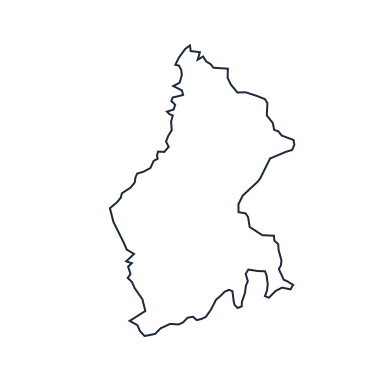 Três Palmeiras, Rio Grande do Sul, Brazil, rotated 63°
{"feature_id": "56859067B561920705370", "entity_name": "Três Palmeiras", "entity_type": "district", "adm_level": 2, "iso_a3": "BRA", "parent_name": "Brazil", "parent_adm1": "Rio Grande do Sul", "projection": "equal_earth", "projection_center": [-52.832, -27.619], "detail": "fine", "context": "isolated", "style": "outline", "palette": "slate", "viewbox_px": 384, "rotation_deg": 63, "n_neighbors": 0, "source": "geoboundaries", "source_scale": "gbopen_adm2", "svg_char_len": 1861}
<svg xmlns="http://www.w3.org/2000/svg" viewBox="0 0 384 384"><g transform="rotate(63 192 192)"><path d="M316.0,204.1L316.5,199.7L312.3,197.2L309.3,194.0L306.0,190.7L299.9,186.4L296.7,182.7L293.3,182.1L289.3,181.3L286.7,177.0L292.4,169.1L295.8,162.9L300.4,163.5L308.6,166.4L313.7,169.8L317.9,174.3L321.1,171.5L318.1,162.3L318.1,155.1L323.5,148.4L320.7,144.1L315.0,147.5L311.8,150.1L300.0,149.6L297.8,146.2L293.7,143.4L283.1,141.2L277.6,138.9L272.8,140.7L268.1,138.9L262.4,149.0L249.3,156.5L239.8,153.4L235.3,154.0L231.1,159.7L224.0,156.2L218.4,148.7L215.8,140.0L212.6,128.6L210.4,124.4L197.6,107.3L198.8,90.3L200.0,83.6L196.3,79.3L191.8,77.9L182.4,86.5L177.1,87.5L174.0,90.6L167.3,88.7L157.7,90.6L147.1,84.5L142.4,84.8L135.1,91.3L127.5,99.0L123.9,106.4L113.9,108.6L106.4,108.4L98.4,104.1L91.0,116.5L86.4,117.4L82.2,120.1L76.3,120.6L76.7,126.9L71.0,121.5L65.8,129.2L60.5,127.3L61.4,132.9L66.3,142.7L71.1,149.1L73.5,146.2L78.5,146.2L83.1,147.9L89.0,153.4L89.1,160.6L96.9,154.9L101.5,155.9L100.2,161.7L99.0,166.2L101.5,169.1L106.7,167.4L110.2,171.0L109.0,177.8L112.4,176.7L115.1,174.4L119.8,178.7L123.2,180.1L127.7,182.0L131.3,187.8L135.2,192.2L141.2,192.3L143.7,198.5L140.6,203.9L143.5,206.6L146.8,207.5L146.9,212.1L151.7,218.1L151.9,225.9L150.7,232.5L153.4,235.8L157.5,238.7L160.2,244.7L161.3,255.0L164.8,258.1L167.1,263.6L169.2,272.5L183.0,275.6L205.4,275.8L213.7,276.3L220.9,271.8L223.9,282.1L228.1,278.0L229.5,282.9L233.0,283.3L237.2,284.1L239.4,288.3L244.6,286.4L251.9,286.7L265.1,284.9L276.8,287.6L278.2,301.7L278.5,306.1L285.9,301.1L292.4,301.5L298.8,299.6L301.7,289.3L299.2,281.8L299.4,276.8L299.6,271.4L304.0,263.9L304.1,259.1L302.0,253.0L303.6,247.8L308.3,245.9L309.4,241.3L309.6,236.5L305.7,229.0L298.8,219.3L297.4,213.2L295.7,208.2L296.0,203.4L298.7,201.0L308.7,204.6L312.0,205.3L316.0,204.1Z" fill="none" stroke="#1e293b" stroke-width="2"/></g></svg>